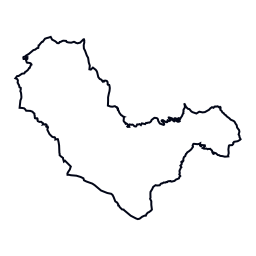 outline of Resita, Caras-Severin, Romania
{"feature_id": "2599482B11071045688539", "entity_name": "Resita", "entity_type": "district", "adm_level": 2, "iso_a3": "ROU", "parent_name": "Romania", "parent_adm1": "Caras-Severin", "projection": "mercator", "projection_center": [21.973, 45.299], "detail": "fine", "context": "isolated", "style": "outline", "palette": "ink", "viewbox_px": 256, "rotation_deg": 0, "n_neighbors": 0, "source": "geoboundaries", "source_scale": "gbopen_adm2", "svg_char_len": 5800}
<svg xmlns="http://www.w3.org/2000/svg" viewBox="0 0 256 256"><path d="M145.8,215.7L146.5,214.1L147.7,212.7L149.0,212.1L150.9,210.7L151.9,209.6L151.3,204.9L151.3,201.2L150.1,198.8L150.5,197.6L150.4,194.1L150.5,191.9L152.1,189.3L153.2,186.9L155.5,185.2L157.1,185.5L159.7,185.3L160.8,183.8L161.6,183.4L162.3,183.4L163.7,182.5L165.2,182.6L166.3,182.0L166.7,182.2L167.2,182.1L167.7,181.5L168.6,181.2L169.7,181.2L170.1,181.0L170.6,181.0L171.0,181.5L171.7,181.6L174.5,180.9L175.9,179.6L178.9,178.4L179.4,177.0L180.3,176.0L179.3,174.5L179.8,173.0L179.5,171.5L179.6,170.3L180.0,169.8L180.7,168.0L181.4,167.2L180.4,165.6L181.6,164.4L181.7,162.9L181.3,162.0L182.0,161.4L182.5,161.9L183.4,160.7L183.3,159.2L183.9,157.2L185.3,156.0L185.5,155.1L186.0,153.9L186.4,153.7L187.2,152.4L189.2,151.1L191.2,149.4L193.0,146.8L192.6,145.6L193.3,144.0L193.8,143.8L197.6,144.2L199.1,143.9L200.2,143.3L200.0,145.5L200.7,146.2L201.2,146.3L201.4,145.0L204.8,145.3L205.0,146.1L202.8,148.1L204.1,148.7L206.6,148.6L207.5,149.2L208.6,148.9L209.4,149.0L210.1,148.8L212.0,150.6L212.4,152.5L213.4,153.9L213.8,153.8L213.9,153.1L213.7,152.5L216.0,153.3L217.8,155.0L219.1,155.2L220.2,155.9L222.4,156.1L224.9,156.7L228.3,156.4L228.1,155.6L228.7,153.1L228.4,149.3L228.9,145.8L229.3,145.3L232.2,145.1L233.2,144.0L233.4,143.5L233.2,142.9L234.1,141.8L237.7,141.2L239.9,139.9L240.6,139.2L239.6,137.4L239.3,135.5L238.6,134.5L239.4,131.8L239.1,130.2L237.1,127.5L236.7,125.2L235.6,123.7L234.6,121.8L233.7,121.0L230.6,119.6L229.4,118.3L226.5,116.2L226.2,115.5L224.4,114.3L223.8,113.3L222.4,112.4L221.6,110.9L220.3,109.7L220.6,107.9L220.4,107.1L220.1,106.9L219.4,107.6L217.7,106.3L216.7,106.6L215.9,106.4L215.3,106.7L214.5,106.6L213.5,107.8L212.0,107.2L210.5,108.2L209.0,109.8L204.9,112.1L202.6,112.4L199.3,111.7L196.4,113.5L192.4,112.1L191.2,111.3L189.4,109.1L188.2,108.9L187.6,108.5L185.8,106.6L185.4,105.5L184.2,103.3L184.8,105.5L184.9,107.1L184.7,107.8L183.7,109.4L183.4,110.2L183.6,111.2L183.2,112.3L183.5,113.2L182.6,114.3L182.2,115.7L180.7,117.9L180.1,119.1L179.4,118.3L178.9,118.1L178.3,118.2L177.4,119.2L177.7,119.8L179.2,120.5L179.7,121.2L179.3,121.5L178.0,121.8L176.8,121.2L176.6,120.9L176.5,119.1L176.3,118.7L175.7,118.3L175.0,118.2L174.4,118.4L174.2,118.8L174.7,120.5L174.6,121.2L174.2,121.4L173.0,120.5L172.2,118.6L171.9,118.3L168.9,117.4L168.7,117.5L168.8,117.9L169.1,118.5L170.6,119.9L170.7,120.2L170.4,120.5L169.1,121.1L167.6,120.2L167.4,120.5L167.4,121.8L167.2,122.1L166.7,122.2L165.6,121.9L162.9,120.1L162.2,120.1L161.7,120.5L161.6,120.8L161.8,121.2L163.1,122.1L164.1,123.7L164.2,124.1L164.0,124.7L163.5,124.9L159.8,123.5L158.2,120.8L157.9,119.3L157.5,118.6L156.7,118.1L154.7,117.8L154.0,118.1L151.7,119.9L151.4,120.3L151.1,121.3L150.2,122.1L149.4,122.6L148.1,122.6L147.1,123.0L146.1,122.9L145.1,124.1L141.9,123.4L140.9,125.1L139.6,124.1L138.3,124.5L137.2,124.4L136.3,126.1L136.1,126.4L135.4,126.5L134.4,126.2L133.3,125.1L132.6,124.6L132.1,124.6L131.2,124.8L129.7,124.4L128.8,125.1L129.3,126.9L127.6,126.9L127.3,126.5L127.8,126.1L128.0,125.3L127.5,124.2L126.5,123.5L126.1,123.4L125.7,123.8L125.6,123.7L125.4,123.5L125.3,122.7L124.5,122.2L123.7,121.1L123.6,120.6L123.9,117.8L123.8,117.3L124.0,117.1L123.7,116.9L124.0,116.8L122.6,116.2L121.7,115.3L121.1,115.1L119.3,112.6L118.6,110.7L117.9,110.2L117.8,109.8L118.0,109.6L117.7,109.2L117.6,108.8L118.0,108.7L118.0,108.4L117.1,108.0L117.1,107.6L116.8,107.1L115.8,106.9L115.3,106.4L114.8,106.2L112.4,106.7L110.4,106.5L107.9,105.6L108.1,101.1L108.1,97.3L108.9,93.4L109.5,91.1L109.8,88.1L109.5,85.9L109.2,84.9L107.9,84.7L107.6,84.2L107.7,83.1L107.4,81.7L106.7,80.9L105.3,80.6L104.6,80.7L104.1,81.4L103.4,81.0L102.9,81.7L102.6,81.4L102.8,81.2L102.1,80.7L101.4,79.7L99.7,78.9L98.3,77.1L97.1,72.1L96.5,70.8L95.6,69.7L92.9,67.6L90.8,69.6L89.4,69.3L89.8,65.6L88.8,62.6L88.1,57.8L86.8,55.5L85.1,50.8L83.9,48.5L83.7,45.1L84.3,42.4L84.2,41.4L84.3,40.6L84.0,39.3L83.5,39.3L80.2,42.6L77.5,43.3L75.4,42.6L75.0,42.2L74.0,41.8L71.2,42.7L68.2,42.4L66.6,41.9L66.1,40.9L63.5,40.7L62.5,40.9L60.6,41.9L59.7,42.0L59.3,42.7L58.7,43.2L57.2,43.1L56.3,42.1L55.0,41.1L52.1,39.6L50.7,36.9L48.0,37.8L47.3,37.9L45.0,38.7L42.6,41.9L41.9,41.9L40.1,43.9L39.1,45.3L38.6,45.4L38.3,47.9L36.8,48.3L35.2,49.6L33.4,50.1L28.9,53.9L26.0,55.6L25.5,56.3L23.5,57.0L23.3,57.8L23.6,59.0L25.0,58.9L26.8,57.4L27.4,57.2L27.4,58.8L26.0,60.2L26.8,62.5L27.4,62.8L28.7,62.8L30.1,63.1L30.6,63.3L31.5,64.4L31.5,64.7L30.7,65.1L30.4,66.2L29.6,68.0L29.1,68.0L28.2,69.6L27.3,70.5L25.8,71.7L25.3,71.8L24.3,73.4L22.0,73.7L18.6,76.0L17.1,76.1L15.4,78.3L17.1,79.0L17.6,79.7L17.9,80.6L17.6,82.7L18.0,83.1L18.5,84.5L19.0,85.0L19.5,87.3L20.7,87.8L20.8,89.1L20.4,90.9L20.4,91.5L20.8,92.0L21.1,93.4L21.4,96.9L21.3,98.2L20.4,100.5L19.6,107.8L22.4,108.0L24.1,108.3L25.2,109.3L26.1,110.7L30.3,110.9L32.5,111.7L33.4,112.8L34.4,113.5L34.4,114.9L34.8,115.9L34.7,116.9L35.0,118.2L35.3,118.3L35.6,118.2L36.2,118.5L37.0,118.2L37.4,118.5L37.6,119.1L37.5,120.3L37.8,121.1L39.4,121.9L41.2,121.8L41.5,122.0L42.3,122.9L43.2,123.3L43.5,123.7L43.0,124.5L44.0,124.3L44.8,124.6L45.7,124.2L46.5,124.7L46.5,125.7L46.2,126.5L46.4,126.8L47.6,126.5L48.0,127.3L47.4,129.2L47.4,129.9L49.5,134.1L52.1,136.7L53.3,137.2L54.6,137.2L55.0,137.6L55.5,139.0L55.4,139.5L57.5,139.1L57.9,139.2L58.6,142.3L59.1,145.5L59.4,152.9L59.7,153.9L59.6,155.1L60.9,156.4L63.0,157.9L63.1,158.9L63.9,161.6L65.0,160.7L70.8,166.5L69.8,169.5L67.9,172.4L67.4,173.6L67.5,174.8L69.1,174.8L70.7,175.2L76.4,175.7L80.7,177.0L83.4,178.3L84.0,180.3L86.4,181.5L92.3,183.6L94.7,185.2L101.0,190.5L107.3,193.0L111.2,193.8L112.5,194.9L113.6,197.0L115.3,201.4L117.2,202.6L117.8,203.8L118.2,204.2L118.2,205.5L119.0,205.7L119.7,207.1L122.0,209.4L123.6,209.6L123.7,209.9L124.0,210.1L130.7,215.7L136.1,218.5L137.8,219.1L139.6,218.7L142.2,216.7L144.7,215.6L145.8,215.7Z" fill="none" stroke="#020617" stroke-width="2"/></svg>